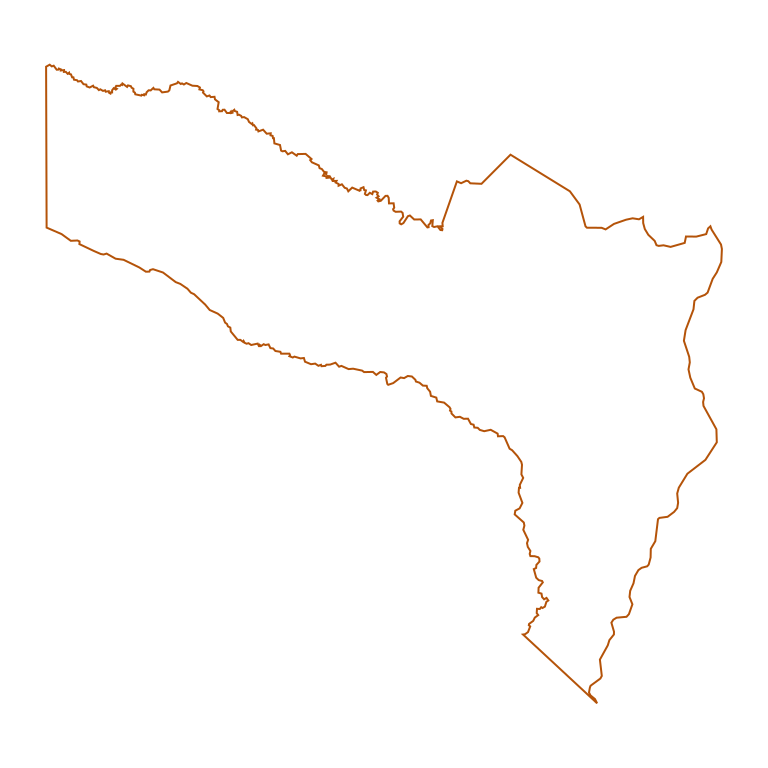 Mitete, Western, Zambia (Mercator projection)
{"feature_id": "96606910B13624449135340", "entity_name": "Mitete", "entity_type": "district", "adm_level": 2, "iso_a3": "ZMB", "parent_name": "Zambia", "parent_adm1": "Western", "projection": "mercator", "projection_center": [22.406, -14.284], "detail": "fine", "context": "isolated", "style": "outline", "palette": "amber", "viewbox_px": 768, "rotation_deg": 0, "n_neighbors": 0, "source": "geoboundaries", "source_scale": "gbopen_adm2", "svg_char_len": 6000}
<svg xmlns="http://www.w3.org/2000/svg" viewBox="0 0 768 768"><path d="M597.1,703.3L595.0,699.1L590.5,695.4L589.0,692.5L589.9,687.5L590.6,685.7L600.4,678.5L601.8,675.9L599.9,659.6L607.8,645.3L609.4,640.1L613.9,634.5L614.0,631.7L611.4,622.7L613.3,619.7L616.6,617.7L626.5,616.8L628.9,614.2L632.4,604.3L629.5,597.0L630.2,590.8L633.5,583.3L635.0,575.9L638.4,570.1L641.6,567.8L647.2,566.3L648.7,564.6L650.6,557.5L650.8,548.8L655.3,541.2L658.0,519.2L659.4,517.9L667.6,516.8L674.1,511.9L677.2,508.1L678.1,502.8L677.2,493.5L678.8,487.7L687.4,473.7L705.4,459.9L716.8,442.3L716.4,429.3L703.5,405.9L703.1,402.0L704.0,398.3L703.3,394.2L701.9,391.8L694.8,388.5L690.3,377.7L688.5,369.4L689.8,362.4L689.2,356.8L683.9,340.8L685.6,330.1L693.5,309.3L694.4,300.9L697.6,297.7L705.0,294.8L707.6,292.6L712.7,278.8L716.8,272.4L721.3,262.0L721.9,249.0L721.0,244.5L711.6,229.6L710.4,226.3L708.1,228.4L706.2,234.1L696.3,236.6L686.0,236.5L684.7,242.9L670.6,246.9L663.5,245.3L658.7,245.9L656.5,245.2L654.7,240.9L648.3,234.8L644.8,229.0L643.2,223.1L643.1,216.9L639.0,219.3L632.6,218.3L626.1,219.7L614.0,223.9L605.6,229.4L601.6,227.8L586.9,227.7L585.5,226.3L579.6,204.5L569.9,191.3L510.5,154.7L481.5,183.8L470.3,183.3L468.3,181.2L466.4,180.7L461.1,183.2L456.9,181.4L442.4,222.9L442.7,226.2L440.1,226.3L442.5,229.0L442.2,230.2L440.4,230.0L437.5,226.3L434.1,227.0L432.3,226.1L432.8,220.2L431.0,220.5L430.2,223.4L428.5,224.9L428.6,227.2L427.4,227.4L420.7,219.4L414.2,219.5L409.9,215.5L407.9,216.2L403.4,223.1L401.2,224.3L399.7,223.4L399.6,221.3L403.2,216.7L402.6,212.9L401.1,211.6L395.6,211.8L393.6,210.6L393.1,209.2L394.2,207.7L393.6,203.3L389.0,203.4L388.7,197.8L387.5,195.8L385.5,195.9L380.8,200.8L378.3,201.4L377.6,200.6L379.3,199.2L376.6,197.7L378.6,196.3L377.1,194.5L377.8,192.8L375.8,191.5L373.1,191.6L372.3,194.1L369.8,192.8L367.5,195.1L366.1,195.0L364.9,193.9L365.9,190.4L364.2,190.0L363.5,187.2L360.6,188.4L360.5,190.2L359.5,190.2L360.3,191.1L352.2,187.6L348.3,191.3L346.9,188.5L344.7,187.8L341.9,184.3L338.6,185.7L338.6,184.0L335.6,182.5L336.5,180.9L332.9,181.0L333.4,178.8L331.8,179.6L329.7,176.2L328.1,176.1L328.7,177.7L326.5,177.9L326.3,176.4L323.0,175.7L324.3,173.4L326.3,174.1L326.6,172.3L324.1,171.9L321.8,169.0L319.6,168.2L318.8,165.4L311.9,162.3L310.2,160.1L311.5,159.0L305.6,153.9L297.7,154.1L296.7,155.7L291.9,152.3L287.9,154.3L285.2,150.9L282.4,151.3L281.1,150.6L280.0,145.0L274.4,143.4L273.9,138.2L273.0,138.2L272.6,135.9L270.5,135.3L270.7,133.3L266.7,133.7L263.1,129.7L258.4,131.4L258.0,130.0L256.1,129.6L256.5,128.4L254.0,125.1L253.0,125.3L252.4,123.4L251.7,124.0L249.0,121.9L247.8,119.2L244.1,117.1L241.9,117.4L241.2,115.9L239.0,114.7L237.6,115.0L237.1,111.8L234.7,111.0L234.3,109.8L232.5,111.2L232.6,112.7L231.1,113.1L230.8,111.7L229.7,113.0L226.9,113.0L224.5,109.7L222.7,109.8L222.0,111.2L219.2,111.3L219.2,110.2L217.5,109.0L218.7,102.2L215.0,99.4L214.5,96.8L210.7,97.1L209.5,95.5L206.8,96.4L203.0,92.6L203.5,91.3L202.7,90.2L199.4,89.4L199.9,87.5L197.4,86.0L192.4,85.7L186.3,83.0L183.9,84.5L182.0,83.4L180.8,84.0L178.0,81.9L177.0,83.3L170.5,85.5L169.3,90.4L167.9,91.6L162.1,92.4L159.5,89.6L154.3,89.3L153.4,87.9L150.7,90.4L148.6,90.3L146.6,92.3L145.9,94.5L144.3,94.2L144.2,95.3L141.8,94.8L141.3,95.6L135.3,94.3L134.9,92.6L133.4,91.6L133.4,88.7L131.6,87.7L130.9,86.2L128.0,85.4L127.1,86.9L122.5,83.5L122.1,84.9L121.3,84.5L119.9,85.9L116.2,85.9L115.1,87.9L116.8,88.8L115.8,89.6L113.7,88.2L112.1,90.3L112.1,92.4L111.0,92.3L110.5,93.6L109.1,92.8L108.8,91.2L105.7,91.7L105.1,90.3L103.0,90.9L100.3,89.3L98.9,90.1L96.8,87.9L93.9,87.2L93.1,85.7L89.7,87.5L86.7,86.4L86.3,84.6L83.5,84.2L81.0,81.0L78.0,81.5L77.0,80.2L74.0,79.7L73.4,77.3L72.1,77.3L71.0,74.4L69.3,73.9L69.1,72.7L67.6,73.8L65.8,71.8L63.9,71.9L64.0,70.1L60.9,70.5L61.1,69.5L58.9,68.6L58.6,69.6L56.7,69.7L53.7,65.7L51.8,66.4L49.7,64.7L46.1,66.7L46.6,227.6L61.6,234.1L70.8,240.8L77.5,240.5L79.6,241.5L79.4,244.1L93.7,250.9L100.8,254.0L103.6,254.5L106.6,253.6L115.6,258.7L123.6,259.8L139.4,267.5L145.9,271.7L149.4,271.6L150.1,270.0L153.0,269.2L163.0,272.5L175.7,282.1L180.3,283.9L187.5,288.8L190.9,292.7L194.1,294.2L205.3,304.7L209.7,310.0L217.7,313.6L223.2,317.9L225.1,322.6L227.0,324.0L227.9,326.3L230.3,327.6L230.8,331.5L237.7,339.9L240.4,339.9L243.1,341.9L243.6,341.0L244.6,342.8L246.6,343.7L248.5,343.2L251.2,345.0L257.7,343.6L258.9,346.1L260.3,346.1L260.2,345.2L261.2,345.9L263.7,344.2L265.3,345.0L268.6,344.4L270.4,348.1L273.2,348.5L275.4,351.0L280.4,351.8L281.1,353.7L289.4,353.7L290.1,355.2L289.4,356.2L292.8,357.5L294.4,356.6L300.5,358.4L303.9,358.0L305.0,361.7L311.0,364.2L315.2,363.6L318.4,365.8L321.0,364.8L321.5,366.2L325.4,365.9L326.4,364.7L330.1,364.6L335.5,362.7L339.1,366.7L341.4,365.9L348.6,369.1L353.1,368.7L362.1,370.6L364.1,372.1L372.9,371.9L376.3,374.9L380.2,372.0L384.0,372.4L386.4,374.0L387.0,376.5L386.0,377.8L387.3,383.9L388.2,384.8L393.2,383.1L400.6,377.5L404.1,378.1L407.8,376.0L411.9,376.5L415.4,379.8L415.9,381.5L419.5,382.7L422.9,385.6L426.7,385.8L427.3,388.3L430.1,391.7L430.9,395.9L436.3,397.6L437.2,401.4L444.1,402.6L449.5,407.2L450.5,408.9L450.0,410.6L451.4,411.5L451.5,413.5L455.4,417.4L459.9,416.8L463.7,418.8L468.0,418.7L470.9,424.0L473.6,424.7L474.3,427.5L477.7,427.8L479.8,429.9L484.2,431.2L490.7,429.8L497.6,433.6L498.0,436.3L503.1,436.1L504.6,437.3L509.6,448.7L512.1,450.2L517.4,456.1L521.3,461.9L522.0,464.8L521.4,474.4L523.2,477.9L519.8,484.9L520.1,487.8L519.0,487.7L518.6,492.7L522.4,502.9L519.6,508.4L515.3,510.7L514.7,514.4L523.8,522.5L524.4,525.6L523.3,529.8L528.1,539.8L527.0,543.2L527.8,546.9L530.4,551.0L529.7,553.9L530.4,556.1L534.6,556.2L538.3,557.3L539.3,558.6L539.5,561.5L536.4,564.9L536.1,568.0L533.8,569.1L536.2,577.7L538.7,580.1L542.1,581.0L542.8,582.4L538.6,587.7L538.4,592.7L541.5,593.6L542.1,597.1L544.1,599.3L546.5,597.9L548.3,600.5L546.4,601.8L544.9,606.6L542.5,608.0L541.2,607.2L539.8,609.0L537.0,608.8L536.7,613.1L538.2,615.1L534.8,617.6L533.2,620.9L529.1,623.9L528.8,625.2L530.2,626.4L528.0,632.1L525.1,634.2L523.0,634.5L597.1,703.3Z" fill="none" stroke="#b45309" stroke-width="2"/></svg>